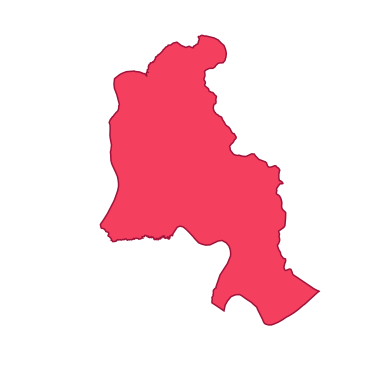 Vangvieng, Vientiane, Laos (Albers equal-area conic projection), rotated 345°
{"feature_id": "54806243B551923777603", "entity_name": "Vangvieng", "entity_type": "district", "adm_level": 2, "iso_a3": "LAO", "parent_name": "Laos", "parent_adm1": "Vientiane", "projection": "albers", "projection_center": [102.424, 18.922], "detail": "fine", "context": "isolated", "style": "filled", "palette": "rose", "viewbox_px": 384, "rotation_deg": 345, "n_neighbors": 0, "source": "geoboundaries", "source_scale": "gbopen_adm2", "svg_char_len": 6004}
<svg xmlns="http://www.w3.org/2000/svg" viewBox="0 0 384 384"><g transform="rotate(345 192 192)"><path d="M279.4,201.5L280.3,197.8L281.7,194.7L282.4,193.8L282.3,192.7L281.5,191.0L280.5,190.0L279.8,188.5L278.6,188.0L275.3,188.4L273.6,188.2L272.6,187.8L272.0,187.0L271.7,186.1L271.5,183.2L270.8,182.0L265.0,177.8L262.6,173.5L261.9,171.4L261.3,171.3L260.2,170.8L259.2,170.6L253.3,171.7L252.2,171.2L250.2,170.6L246.9,168.6L245.2,168.4L243.7,167.7L242.4,166.7L241.3,165.4L241.1,164.4L240.3,162.7L239.9,161.1L240.2,158.8L240.1,157.6L242.3,155.9L243.9,155.1L245.1,154.2L246.4,152.7L247.9,151.9L248.7,151.1L248.8,150.1L247.8,146.6L246.8,146.1L246.3,145.6L245.7,143.9L245.2,141.2L244.4,139.1L242.5,136.9L241.8,135.8L241.0,132.3L240.3,130.2L240.0,127.5L239.4,126.8L237.7,125.5L236.9,124.1L235.4,122.7L235.0,121.2L234.4,120.5L234.1,117.7L234.5,115.6L236.0,113.0L237.3,112.8L238.0,112.4L238.5,111.3L239.0,108.6L240.3,106.2L240.0,105.2L239.3,104.5L238.1,101.7L237.3,101.0L236.3,100.5L234.5,98.7L234.7,97.0L234.4,96.2L232.2,93.2L231.9,92.4L232.2,91.3L233.1,90.4L233.3,89.3L233.0,87.6L232.5,86.6L233.3,85.0L234.5,83.4L235.1,80.9L235.3,78.8L237.0,77.8L240.7,77.1L244.1,77.9L246.3,77.3L247.7,76.0L250.3,74.6L251.5,74.4L255.4,75.2L257.8,73.5L259.7,70.4L261.0,67.1L261.3,63.1L260.8,58.8L258.6,55.5L256.7,52.0L253.2,48.9L246.1,45.0L244.4,44.6L243.2,43.7L241.5,43.1L240.0,43.9L238.9,43.5L238.5,43.5L238.2,43.7L238.2,44.4L238.7,45.9L238.6,46.3L236.7,49.0L236.5,49.9L235.8,50.5L234.2,50.6L233.1,51.4L231.7,51.5L231.0,52.0L230.6,53.0L229.0,52.2L227.7,51.3L227.4,50.7L226.5,50.5L223.6,50.8L220.6,48.5L219.3,47.4L216.2,43.4L212.4,43.3L209.2,44.6L207.0,44.0L206.4,44.7L205.6,45.1L204.5,45.1L201.8,46.9L201.1,47.1L200.2,48.1L197.3,49.9L195.9,50.6L195.1,50.5L194.1,51.4L192.6,52.1L192.0,52.1L191.6,52.4L191.5,53.1L191.3,53.4L191.1,54.0L190.5,54.3L190.0,55.0L189.4,55.4L188.6,56.4L188.2,56.5L187.6,56.1L186.9,56.7L186.4,56.8L185.3,56.5L184.8,57.4L183.9,57.6L182.9,58.5L182.9,59.2L182.4,59.5L182.2,59.7L182.0,61.3L181.4,62.1L180.5,62.4L180.3,62.7L180.0,63.8L180.3,64.9L179.4,64.6L179.1,64.8L178.4,66.1L178.2,67.9L177.7,67.3L177.6,66.5L177.3,65.9L176.7,65.4L175.3,64.8L174.6,64.0L173.7,63.6L173.2,63.0L172.2,62.4L168.5,61.0L167.7,60.3L160.4,58.9L158.4,58.9L154.5,59.4L151.8,60.2L146.5,62.5L144.6,67.4L143.9,71.8L144.6,78.7L144.5,88.7L143.6,89.8L142.7,92.4L141.5,94.4L139.1,95.7L136.4,97.7L135.4,98.6L134.9,98.6L134.6,99.0L134.0,99.2L132.9,100.4L132.2,100.5L130.0,103.4L130.2,106.1L129.4,109.4L127.4,116.1L127.0,118.8L126.4,125.8L124.6,130.4L123.6,132.1L123.0,135.6L121.9,140.6L121.8,143.4L122.1,145.9L123.4,153.2L124.0,157.5L123.8,161.0L123.4,163.9L122.8,166.5L122.3,168.0L120.5,171.6L117.4,176.2L115.3,179.2L113.5,181.4L104.8,190.9L98.6,196.7L96.7,198.2L95.1,199.7L94.9,203.0L95.4,203.7L96.5,204.1L97.6,205.0L97.9,205.8L98.3,206.4L98.6,207.9L100.3,209.0L100.8,209.5L100.8,210.5L100.4,211.4L99.9,211.8L99.6,212.7L99.8,213.1L100.3,213.3L100.5,213.6L101.9,216.1L102.0,216.8L101.4,217.6L102.5,218.7L102.5,219.2L102.8,219.5L105.8,219.9L106.4,219.4L107.0,219.3L107.4,218.8L107.7,218.7L108.6,219.3L110.4,219.5L111.1,220.1L112.8,220.0L113.5,220.3L114.2,220.3L114.6,220.5L115.3,220.0L115.7,220.0L116.2,220.4L117.0,221.8L118.4,221.6L119.0,222.0L120.0,221.9L121.4,222.6L122.2,222.3L123.0,222.4L123.3,221.9L123.8,221.7L124.1,221.9L124.3,222.5L125.0,222.1L125.8,222.4L126.5,222.3L127.9,223.0L128.3,223.7L129.4,223.9L130.7,223.9L131.4,223.5L132.5,223.7L132.2,222.8L132.3,222.3L132.7,222.3L134.3,222.7L134.7,222.5L135.1,221.8L135.3,221.7L136.0,222.2L136.6,222.3L137.3,223.7L137.6,223.7L138.0,223.3L138.6,223.5L138.7,224.0L138.5,224.6L138.7,224.8L139.5,225.1L140.8,224.7L140.7,225.4L140.9,225.6L142.6,225.4L142.6,226.1L143.3,226.6L143.0,227.5L143.7,228.4L145.1,228.4L145.5,228.7L145.5,227.7L145.9,227.6L146.7,228.3L147.4,229.3L147.8,229.1L147.9,228.5L148.2,228.3L149.5,229.1L149.8,228.9L150.0,228.6L149.5,228.1L149.6,227.7L150.3,227.8L151.2,228.3L151.7,227.3L151.9,227.1L152.5,227.4L153.0,228.3L153.5,227.7L153.4,227.1L153.6,227.1L153.9,227.4L153.9,228.6L153.6,229.2L153.8,229.4L154.2,229.6L154.6,229.5L154.7,229.9L155.0,229.9L155.5,229.8L156.6,230.0L156.8,229.7L156.8,229.2L157.0,229.0L157.8,229.9L157.5,230.3L156.7,230.5L156.8,231.0L157.2,231.3L158.0,231.4L158.3,231.1L158.1,230.7L158.2,230.2L158.3,230.0L158.9,230.1L159.1,229.7L159.2,228.8L160.0,228.7L161.1,228.3L161.5,228.5L161.6,229.1L161.9,229.1L162.4,228.2L162.2,227.9L168.6,222.2L171.7,221.9L174.5,223.5L176.7,226.6L178.7,230.0L181.4,235.1L182.8,238.2L185.3,242.8L188.0,244.9L191.4,246.8L195.7,247.7L204.5,246.1L208.5,246.6L212.0,250.0L213.7,253.7L214.0,257.8L213.6,260.7L212.7,263.7L207.8,270.2L197.7,279.3L190.7,289.7L190.6,290.5L190.3,290.9L189.3,291.0L187.2,292.5L186.7,294.0L186.5,295.4L185.8,296.4L185.8,297.6L184.7,298.3L183.9,299.2L183.7,301.2L183.2,302.0L182.6,304.2L188.3,310.6L192.1,315.1L194.8,309.8L198.2,306.3L202.2,303.5L203.1,303.1L206.0,302.7L207.8,302.6L211.3,303.4L212.8,304.6L217.0,309.7L220.8,313.9L221.9,315.8L224.8,320.1L224.9,322.0L227.2,333.3L227.6,336.4L228.2,337.9L229.3,338.9L231.6,340.2L234.2,340.9L236.4,340.8L241.4,340.1L246.7,338.7L250.6,337.3L253.8,336.6L259.9,334.7L264.8,332.7L270.1,330.1L271.5,329.7L287.2,321.5L289.1,320.8L288.9,320.5L287.5,319.6L284.6,316.9L268.1,297.9L267.7,293.0L267.4,292.2L266.0,291.6L262.6,292.1L261.9,291.9L261.5,291.3L261.2,289.8L261.4,288.1L263.2,284.9L264.2,283.7L264.8,282.2L265.0,280.9L264.3,280.4L263.1,279.8L262.0,277.2L261.6,275.6L261.7,273.1L260.9,270.1L260.6,266.2L261.0,265.1L262.0,264.5L263.6,262.4L264.3,261.0L264.6,258.6L264.5,257.6L265.5,255.6L265.6,255.1L265.6,254.4L265.4,253.8L265.6,252.2L271.4,250.0L273.0,248.6L275.4,242.1L276.8,237.5L277.1,236.4L277.0,235.7L275.6,233.5L274.8,231.9L274.7,230.7L274.7,229.5L275.9,226.0L276.1,224.9L276.2,222.3L276.0,220.5L275.6,218.8L274.9,217.6L273.1,215.6L273.1,215.0L274.4,212.4L274.3,211.3L274.7,210.5L277.2,208.3L279.1,206.9L281.5,207.4L282.0,207.3L282.1,206.9L281.5,205.5L280.5,204.2L279.5,203.7L279.4,201.5Z" fill="#f43f5e" stroke="#9f1239" stroke-width="1.5"/></g></svg>